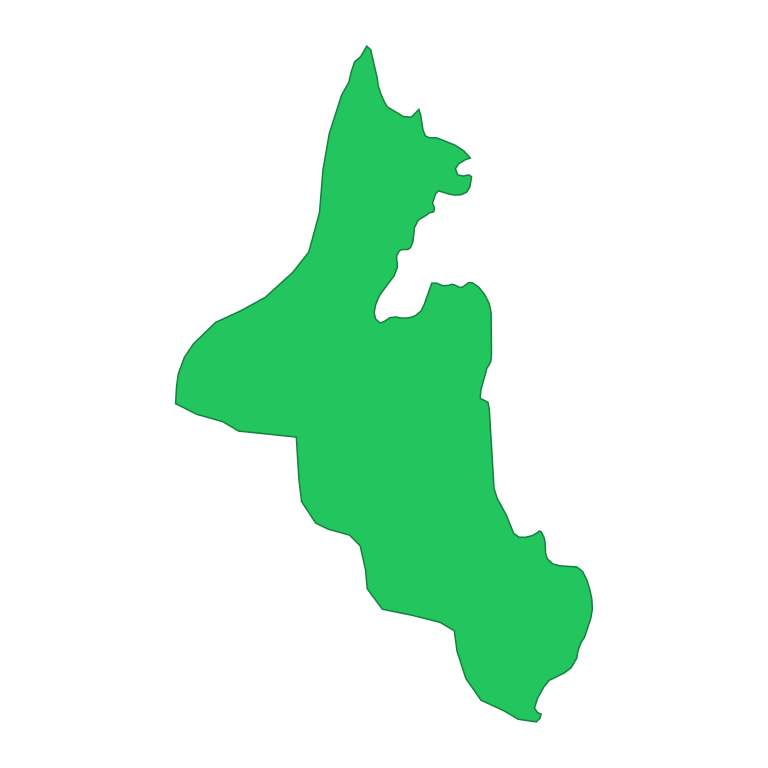 Mandiana, Equal Earth projection
{"feature_id": "GIN-5654", "entity_name": "Mandiana", "entity_type": "Prefecture", "adm_level": 1, "iso_a3": "GIN", "parent_name": "Guinea", "parent_adm1": "", "projection": "equal_earth", "projection_center": [-8.495, 10.8], "detail": "fine", "context": "isolated", "style": "filled", "palette": "green", "viewbox_px": 768, "rotation_deg": 0, "n_neighbors": 0, "source": "natural_earth", "source_scale": "10m", "svg_char_len": 2162}
<svg xmlns="http://www.w3.org/2000/svg" viewBox="0 0 768 768"><path d="M584.4,637.5L581.4,642.0L579.3,646.9L577.7,652.3L576.8,658.1L571.1,667.8L564.3,672.9L549.2,680.4L543.7,687.2L537.7,698.0L534.5,708.0L537.4,712.4L541.1,714.2L540.0,718.1L536.4,721.9L518.3,719.3L504.1,710.9L481.0,700.2L465.9,678.6L457.0,651.1L454.3,630.8L440.1,622.4L411.7,615.2L382.4,609.3L367.3,588.9L365.5,569.8L360.2,545.9L349.5,535.1L328.2,529.2L315.8,523.2L301.6,501.7L298.9,478.9L296.3,437.1L238.6,431.1L222.6,421.6L196.9,414.4L175.6,403.7L176.5,386.9L178.3,373.8L184.5,357.1L193.4,343.9L215.6,322.4L241.3,310.5L265.3,297.3L292.8,272.3L308.8,252.0L319.5,212.6L323.0,169.6L329.2,133.8L341.7,94.8L348.8,82.4L351.3,71.5L354.7,61.7L360.7,56.6L366.7,46.1L370.7,49.8L377.3,78.4L378.2,85.6L380.7,93.6L384.0,101.1L387.3,106.9L403.4,116.5L411.3,117.2L418.9,109.4L420.5,114.3L421.9,122.8L423.0,130.0L425.4,135.9L428.9,137.6L437.0,137.9L454.9,145.1L463.7,150.8L470.3,158.0L465.0,159.9L458.9,163.6L455.4,168.8L457.7,174.8L463.2,176.1L468.6,174.9L471.6,176.7L469.9,187.0L466.5,192.3L461.1,194.7L455.1,195.1L449.9,194.3L438.5,190.9L435.7,193.7L432.6,202.6L432.8,204.1L433.8,206.1L434.4,208.4L433.9,211.3L432.9,212.2L430.0,212.6L428.9,213.1L426.4,215.2L420.4,218.7L418.2,220.4L414.6,227.2L413.0,241.4L410.5,247.7L407.8,249.5L401.9,249.6L399.4,250.8L396.7,255.6L396.6,259.5L397.4,263.3L397.2,267.8L394.1,275.8L380.4,294.1L377.8,299.1L375.4,305.7L374.2,312.7L375.6,318.9L380.1,323.1L384.7,321.2L389.8,317.7L395.7,316.9L400.6,318.0L406.0,318.1L411.2,317.3L415.9,315.4L421.3,310.6L424.2,304.5L431.8,283.1L436.8,283.2L442.7,285.7L448.7,285.4L451.8,284.3L454.5,284.9L460.0,287.5L462.9,286.9L468.6,282.7L472.1,282.6L478.6,287.0L484.7,294.6L489.3,303.8L491.1,312.8L491.5,353.9L490.9,361.3L489.1,364.9L487.0,367.9L480.9,390.1L480.2,398.3L488.0,402.3L489.3,409.4L494.0,488.1L497.2,498.5L506.3,515.0L513.7,533.4L519.1,537.2L525.5,537.3L532.3,535.6L536.8,533.0L539.3,531.0L541.3,531.9L544.3,538.1L545.2,543.0L545.6,553.5L547.2,558.6L552.9,564.0L560.6,565.9L576.7,566.9L582.5,571.3L586.8,579.8L589.9,589.8L591.8,598.9L592.4,609.1L590.8,618.4L584.4,637.5Z" fill="#22c55e" stroke="#15803d" stroke-width="1.5"/></svg>